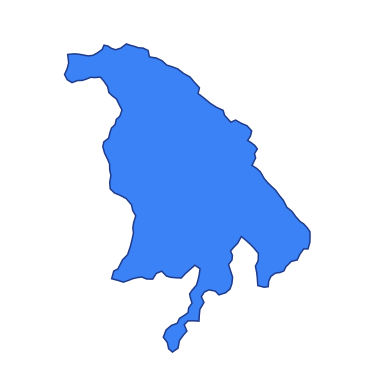 outline of Schroeder, Santa Catarina, Brazil, rotated 173°
{"feature_id": "56859067B87986459705113", "entity_name": "Schroeder", "entity_type": "district", "adm_level": 2, "iso_a3": "BRA", "parent_name": "Brazil", "parent_adm1": "Santa Catarina", "projection": "robinson", "projection_center": [-49.056, -26.36], "detail": "fine", "context": "isolated", "style": "filled", "palette": "blue", "viewbox_px": 384, "rotation_deg": 173, "n_neighbors": 0, "source": "geoboundaries", "source_scale": "gbopen_adm2", "svg_char_len": 2553}
<svg xmlns="http://www.w3.org/2000/svg" viewBox="0 0 384 384"><g transform="rotate(173 192 192)"><path d="M274.0,241.1L271.7,234.6L270.4,229.7L271.0,223.8L270.5,218.3L272.5,211.6L272.8,205.1L269.1,200.5L263.8,197.5L258.0,193.4L253.6,186.7L253.1,180.8L250.7,175.3L253.6,168.8L255.1,163.6L255.1,158.4L257.0,152.9L259.8,145.5L263.6,137.6L269.3,133.1L272.5,128.2L275.0,124.6L279.3,123.1L282.3,115.7L276.1,113.2L271.1,110.9L265.9,112.0L261.3,113.2L257.0,113.7L252.1,113.7L247.7,111.2L241.6,110.3L237.5,115.5L231.7,117.1L227.6,111.7L223.8,110.0L219.3,109.0L213.2,107.9L208.3,112.0L203.6,115.2L198.1,119.0L193.4,114.9L195.0,108.8L196.5,104.6L198.9,99.0L203.8,94.6L206.8,91.1L206.4,86.4L205.5,81.7L209.5,77.3L210.6,72.7L214.7,70.5L219.8,68.1L222.7,63.5L228.7,62.1L234.5,58.3L238.2,51.4L234.8,45.6L234.3,39.2L230.9,35.5L224.9,38.7L222.6,46.1L218.1,50.9L214.0,54.6L215.9,61.1L211.7,64.6L206.4,64.0L200.8,63.0L199.8,68.7L198.5,74.5L193.6,80.9L195.5,86.9L192.1,91.1L187.2,92.8L181.0,90.8L177.8,86.6L170.8,87.9L166.1,91.1L163.6,96.1L162.1,102.5L163.4,109.3L164.6,115.5L160.6,119.7L159.6,124.1L160.9,128.8L157.8,131.6L152.9,135.6L148.5,141.8L144.2,137.3L140.7,133.3L137.3,128.8L133.6,122.9L134.7,115.7L138.1,110.7L137.6,104.1L137.7,98.3L138.1,91.1L132.0,88.7L127.9,88.7L126.8,94.1L124.0,98.6L119.2,101.3L114.3,101.4L110.4,102.5L107.8,106.5L101.9,111.0L95.9,111.7L92.5,117.1L88.1,121.9L83.8,121.4L81.1,127.9L80.2,133.8L79.8,138.3L82.1,142.6L85.1,146.8L88.3,149.5L92.1,155.0L95.3,160.7L99.8,165.3L102.3,172.6L105.5,177.5L108.9,183.7L112.7,188.2L115.6,191.8L118.7,196.5L121.7,203.7L124.7,207.3L129.2,211.1L124.7,218.0L125.3,222.5L121.9,226.7L124.0,230.5L127.0,233.5L130.5,236.4L127.2,240.4L125.3,245.4L129.4,251.1L135.1,254.4L140.0,258.1L144.9,256.5L147.5,260.1L150.4,264.3L151.1,269.2L157.7,273.3L163.2,277.9L168.3,283.4L174.0,289.0L171.9,294.5L175.9,300.1L180.0,306.4L185.9,310.7L191.1,315.9L196.6,318.8L201.7,321.1L205.6,325.8L211.0,329.3L217.8,331.3L218.3,337.8L223.0,340.8L227.6,341.7L231.7,343.7L235.5,345.2L239.1,347.0L245.1,343.5L250.4,342.5L254.4,344.3L257.4,347.0L261.4,348.5L263.7,344.5L268.7,341.7L273.6,339.7L278.2,339.7L283.5,341.3L287.6,342.6L292.1,343.5L298.6,343.7L298.7,335.0L301.0,329.4L304.2,324.1L302.1,318.6L297.8,315.2L291.9,316.6L287.4,316.1L282.5,317.1L278.5,318.2L274.6,317.4L269.0,317.2L265.9,312.7L262.9,306.7L262.3,300.7L259.3,297.1L255.7,293.6L253.6,287.6L251.5,281.9L254.4,276.0L258.3,273.3L260.0,268.4L264.2,265.2L266.4,260.5L268.1,255.7L273.4,252.5L275.0,247.8L274.0,241.1Z" fill="#3b82f6" stroke="#1e3a8a" stroke-width="1.5"/></g></svg>